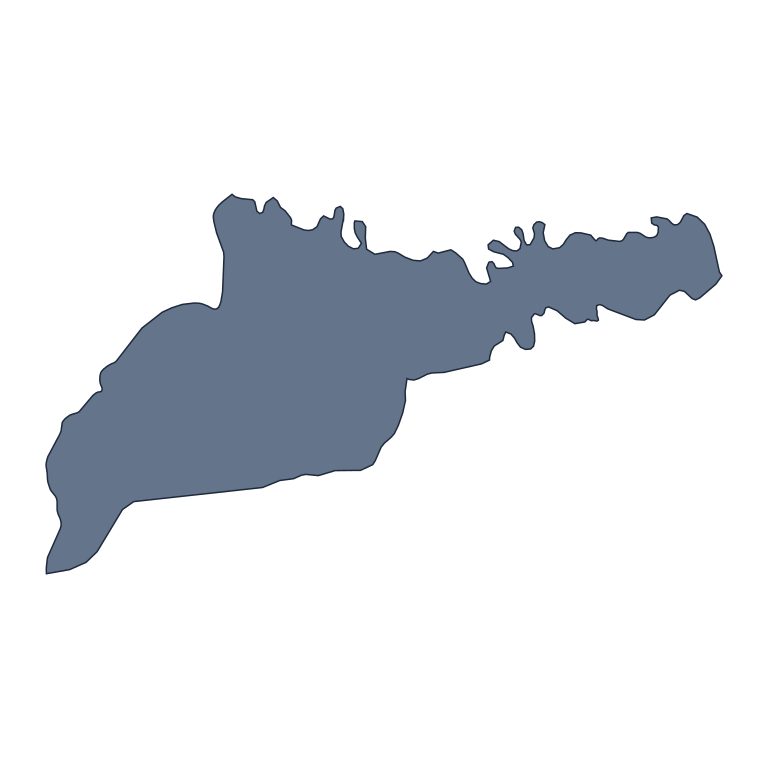 outline of Chernivtsi
{"feature_id": "UKR-288", "entity_name": "Chernivtsi", "entity_type": "Region", "adm_level": 1, "iso_a3": "UKR", "parent_name": "Ukraine", "parent_adm1": "", "projection": "mercator", "projection_center": [26.206, 48.196], "detail": "fine", "context": "isolated", "style": "filled", "palette": "slate", "viewbox_px": 768, "rotation_deg": 0, "n_neighbors": 0, "source": "natural_earth", "source_scale": "10m", "svg_char_len": 4244}
<svg xmlns="http://www.w3.org/2000/svg" viewBox="0 0 768 768"><path d="M489.5,360.1L481.5,363.9L448.4,371.4L444.1,372.4L431.7,373.0L427.2,374.2L418.5,378.6L414.1,380.0L409.2,379.5L407.0,378.6L405.1,391.6L405.5,400.5L402.7,412.9L398.4,425.2L394.4,433.5L391.2,437.2L384.4,443.1L381.1,447.2L375.3,460.6L372.8,464.6L360.4,470.4L354.3,470.4L335.1,470.6L318.4,475.6L305.9,474.4L301.5,475.2L293.6,478.7L279.8,480.5L262.5,487.5L133.7,501.6L122.5,509.5L97.1,551.7L86.1,562.3L69.7,569.6L50.0,573.1L46.4,573.7L46.3,568.9L46.4,566.9L47.4,558.1L47.8,556.8L60.1,529.1L61.1,525.9L61.1,524.4L61.1,522.8L60.8,521.3L60.5,519.9L60.1,518.6L58.0,513.8L57.3,511.1L57.1,509.6L57.1,501.3L56.8,499.8L56.5,498.5L56.0,497.3L55.4,496.2L51.4,491.2L50.7,490.1L50.1,489.0L48.0,482.5L47.5,479.6L47.2,473.2L46.1,466.0L46.1,464.4L46.2,463.1L47.0,459.5L47.9,456.6L59.8,434.2L61.1,430.9L62.0,424.1L62.2,422.6L63.4,420.7L65.2,418.6L69.6,415.3L72.3,414.2L77.3,412.8L78.4,412.2L79.4,411.4L93.0,395.3L95.8,393.1L98.1,392.0L99.6,391.9L101.0,391.5L101.9,390.5L102.2,388.7L101.8,387.3L100.7,384.7L100.3,383.4L100.0,382.0L99.8,380.5L99.9,377.1L100.1,375.5L100.4,373.9L100.9,372.5L102.0,370.8L103.8,368.9L107.7,365.9L111.4,363.8L114.4,362.7L116.5,360.9L141.9,328.1L162.1,312.3L171.8,307.8L182.4,304.4L194.4,303.0L199.7,303.3L202.8,304.1L208.1,306.2L210.7,307.8L213.0,308.8L214.4,309.1L215.9,309.1L217.3,308.4L218.6,307.3L219.8,304.9L220.9,301.7L222.6,291.6L224.0,256.4L223.6,252.1L216.6,232.9L213.9,221.7L213.3,217.0L213.4,215.2L213.9,213.1L215.3,210.0L216.5,208.1L218.9,205.1L222.1,202.1L232.0,194.3L235.3,196.9L241.2,198.6L252.7,199.7L254.8,201.8L256.9,211.3L259.8,213.5L262.7,212.3L263.8,209.5L264.5,205.9L266.2,202.4L273.3,197.5L277.3,201.0L280.5,207.4L285.1,210.8L290.6,217.8L291.6,220.3L291.4,223.9L291.5,225.0L304.2,230.0L308.5,230.5L312.7,229.7L317.0,226.7L320.5,218.8L323.6,215.9L330.1,219.1L332.6,218.9L333.9,216.8L335.0,210.3L336.2,208.1L340.3,206.4L342.8,208.7L343.8,214.0L343.4,221.6L343.4,218.9L341.0,232.0L341.2,236.5L344.3,242.0L348.3,246.2L353.4,248.8L358.2,248.3L361.4,243.3L357.3,237.0L355.2,232.9L354.3,228.4L354.3,222.7L354.9,220.9L362.3,221.6L365.7,226.7L365.3,238.0L366.6,249.2L374.9,254.3L390.1,251.4L394.8,251.7L398.0,253.0L404.6,257.0L413.1,260.3L420.5,260.9L427.2,258.1L433.4,251.4L438.2,253.1L450.9,249.8L455.7,252.9L462.6,259.0L464.4,262.2L469.1,273.3L472.4,278.5L476.0,281.8L480.4,283.5L486.3,284.1L490.6,281.4L486.6,267.9L488.9,262.2L492.0,261.6L493.9,263.6L495.1,266.3L496.2,267.9L499.0,268.4L507.8,267.9L513.4,266.1L512.4,262.2L508.0,257.6L503.4,254.3L493.5,251.7L488.6,249.0L488.1,244.8L493.4,240.2L499.2,241.6L508.8,248.9L512.7,250.6L516.8,251.0L520.0,248.6L521.3,242.0L520.2,239.6L515.3,234.1L514.2,231.1L515.6,227.4L518.6,227.2L521.7,229.7L523.1,233.8L524.1,240.5L526.6,244.9L530.1,244.7L534.0,237.9L534.5,233.8L532.8,227.9L534.0,224.6L536.6,222.1L539.4,221.7L542.2,222.6L544.9,224.6L543.2,232.7L544.6,240.6L548.2,246.6L552.8,248.9L559.6,247.7L563.3,244.4L566.1,239.9L570.0,235.1L575.4,232.7L581.1,232.9L590.7,235.1L594.3,239.3L595.9,240.8L597.0,240.1L598.1,238.7L599.6,237.9L602.8,238.2L608.1,240.1L619.5,241.4L622.0,240.8L623.7,239.0L626.8,233.6L628.3,232.4L637.3,232.4L640.1,233.3L645.9,237.1L649.1,237.9L652.1,237.6L654.7,237.0L656.8,235.4L658.1,232.4L658.4,227.0L656.8,225.3L654.2,224.9L651.7,223.1L651.2,217.9L656.6,216.9L667.1,218.9L669.6,221.0L671.8,223.4L674.2,224.9L677.6,224.6L680.3,222.3L683.9,215.6L686.9,213.5L697.2,217.1L704.7,224.3L710.0,234.3L713.8,246.2L719.4,272.0L721.9,275.7L721.9,275.8L715.9,284.1L700.0,297.7L695.6,299.9L692.0,298.5L684.6,291.5L679.5,290.2L670.0,295.1L655.8,313.0L654.4,314.8L644.5,320.0L635.9,319.5L607.8,308.9L602.4,305.4L599.6,304.6L596.7,305.6L596.4,308.5L597.1,311.8L597.0,314.4L597.2,316.0L598.1,318.2L598.4,320.2L597.0,321.1L593.8,320.5L591.0,320.7L589.2,319.6L587.3,319.3L584.8,322.0L574.9,323.7L565.8,318.2L557.2,310.8L548.5,306.9L545.7,307.9L544.7,310.3L544.0,313.2L541.7,315.6L539.9,315.6L535.6,313.8L534.2,314.0L531.4,317.8L531.6,321.4L533.1,326.1L534.5,333.7L534.7,341.2L533.5,346.3L530.6,349.0L525.4,349.4L520.5,347.2L517.2,342.9L514.5,338.1L510.9,334.0L505.7,332.0L504.2,335.4L502.9,340.5L494.3,346.0L491.4,350.7L489.7,356.9L489.5,360.1Z" fill="#64748b" stroke="#1e293b" stroke-width="1.5"/></svg>